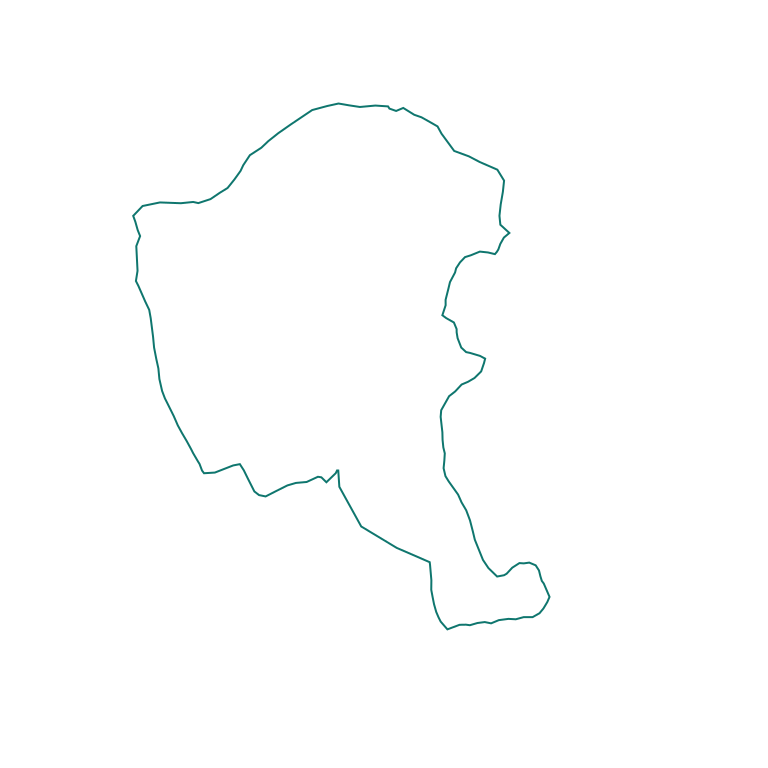 outline of Qaha, Al Qalyubiyah, Egypt, rotated 152°
{"feature_id": "37247803B19157845766633", "entity_name": "Qaha", "entity_type": "district", "adm_level": 2, "iso_a3": "EGY", "parent_name": "Egypt", "parent_adm1": "Al Qalyubiyah", "projection": "mercator", "projection_center": [31.21, 30.293], "detail": "fine", "context": "isolated", "style": "outline", "palette": "teal", "viewbox_px": 768, "rotation_deg": 152, "n_neighbors": 0, "source": "geoboundaries", "source_scale": "gbopen_adm2", "svg_char_len": 2422}
<svg xmlns="http://www.w3.org/2000/svg" viewBox="0 0 768 768"><g transform="rotate(152 384 384)"><path d="M554.7,591.4L554.8,586.1L555.4,578.1L556.1,569.0L556.5,559.7L559.1,551.6L565.7,534.2L569.9,524.1L573.3,513.0L575.9,503.7L580.0,493.8L583.2,482.0L584.2,474.1L584.3,469.1L584.7,454.4L585.5,444.2L585.4,435.5L585.0,426.3L584.9,417.2L585.0,412.5L584.6,402.7L584.4,400.1L585.3,393.0L584.8,389.7L574.9,385.2L555.4,382.9L548.9,380.9L548.3,373.6L548.6,364.2L548.9,350.0L546.5,344.6L541.3,340.3L529.1,340.1L516.9,339.8L508.2,338.0L498.3,333.8L485.9,333.1L483.1,331.0L481.0,324.3L468.5,327.9L466.0,329.7L465.5,329.4L465.0,329.1L471.7,314.2L471.0,268.9L449.7,233.3L427.3,205.2L428.3,202.6L434.3,188.5L438.9,180.1L441.0,173.4L443.2,166.1L444.9,158.2L445.4,152.3L445.5,147.6L443.2,137.6L430.3,135.9L424.6,133.0L421.4,130.7L413.7,129.1L406.8,126.5L401.8,122.4L393.5,121.6L384.4,118.2L378.1,114.4L370.2,112.6L362.2,108.4L354.3,108.6L348.7,110.9L345.5,112.8L342.2,114.8L337.8,118.3L336.6,132.8L337.1,136.0L336.2,140.7L334.7,146.6L335.2,152.7L339.6,158.1L344.8,160.0L348.5,162.3L357.0,161.6L364.8,158.9L367.8,158.8L374.5,160.9L378.2,172.4L379.2,182.2L376.9,203.9L374.9,211.6L372.1,223.2L370.7,233.9L371.1,243.1L370.8,247.0L370.5,251.6L371.9,262.3L372.6,267.6L373.0,273.8L370.9,281.7L366.7,288.0L362.9,294.2L361.4,300.1L358.5,307.2L355.1,314.0L352.7,320.1L349.4,328.4L345.8,334.0L332.2,342.7L324.7,344.0L315.7,347.1L308.8,346.5L301.3,346.8L292.3,349.5L285.9,355.5L282.8,358.9L286.1,363.8L293.5,371.1L296.5,373.6L298.7,379.9L297.5,389.9L295.6,395.5L294.1,398.4L293.4,405.5L298.1,412.9L300.2,417.3L292.6,424.6L290.1,429.4L282.5,437.8L277.9,443.0L268.9,449.1L266.0,452.3L259.8,455.7L252.9,458.0L247.0,456.9L237.2,455.9L230.4,451.3L225.1,446.6L222.3,447.7L219.9,449.1L215.5,453.1L209.4,457.0L202.4,458.5L206.5,470.0L203.1,478.3L196.7,487.7L188.8,497.9L182.5,507.2L183.3,520.0L195.3,535.1L202.2,545.2L212.6,556.8L215.7,578.0L215.8,586.3L218.3,590.3L225.7,601.9L230.9,607.5L237.4,618.7L245.1,619.4L249.9,624.6L250.1,627.2L260.9,633.9L275.2,639.9L284.1,646.5L288.2,649.7L292.5,653.0L303.6,656.1L318.8,659.6L343.9,657.0L359.5,655.1L372.0,652.8L381.4,650.2L395.0,649.0L405.5,643.3L410.6,639.5L420.1,634.8L430.1,630.5L439.4,629.9L450.4,628.7L463.0,630.9L467.0,634.3L478.5,639.0L496.6,649.5L513.6,654.5L526.5,650.2L527.4,643.9L529.2,635.6L529.9,629.1L538.0,622.0L548.5,599.6L554.7,591.4Z" fill="none" stroke="#0f766e" stroke-width="2"/></g></svg>